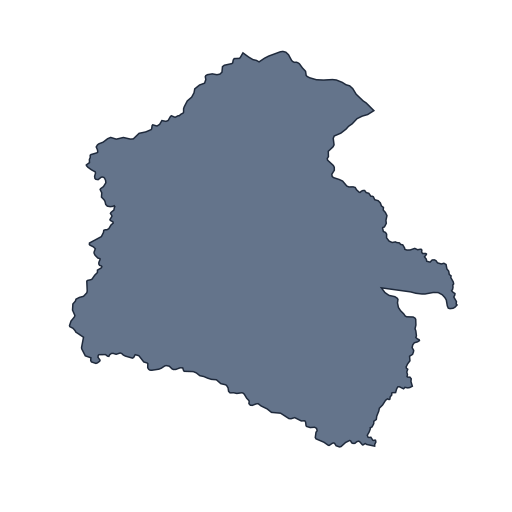 outline of Manzanares, Caldas, Colombia, rotated 83°
{"feature_id": "7082276B1219739961370", "entity_name": "Manzanares", "entity_type": "district", "adm_level": 2, "iso_a3": "COL", "parent_name": "Colombia", "parent_adm1": "Caldas", "projection": "robinson", "projection_center": [-75.127, 5.233], "detail": "fine", "context": "isolated", "style": "filled", "palette": "slate", "viewbox_px": 512, "rotation_deg": 83, "n_neighbors": 0, "source": "geoboundaries", "source_scale": "gbopen_adm2", "svg_char_len": 6066}
<svg xmlns="http://www.w3.org/2000/svg" viewBox="0 0 512 512"><g transform="rotate(83 256 256)"><path d="M260.3,427.0L270.2,427.8L271.9,428.4L275.0,432.1L275.6,436.4L276.9,439.9L278.8,440.8L281.3,443.6L287.3,444.7L293.0,443.0L294.4,443.7L298.0,447.5L302.4,449.6L303.4,449.4L305.5,446.4L308.0,444.7L309.6,444.1L315.6,437.1L325.6,440.3L326.9,440.3L334.3,437.6L336.9,432.3L339.7,432.8L341.1,432.2L343.1,428.0L342.8,426.5L341.4,424.0L340.4,423.5L337.2,425.2L335.4,424.7L334.8,423.9L335.5,417.4L337.3,415.6L337.7,414.3L336.1,413.2L335.1,411.4L335.2,409.7L336.5,406.8L335.7,402.6L336.5,401.1L338.0,399.9L339.4,397.9L342.3,391.1L341.8,389.8L339.2,387.9L340.7,384.4L347.5,380.3L348.8,377.3L349.6,376.5L353.7,377.1L355.4,376.3L356.4,375.1L356.7,373.3L356.5,366.2L355.8,363.6L354.0,360.0L353.8,358.5L354.8,355.5L357.9,353.0L358.6,351.7L358.8,349.5L357.7,344.9L358.1,342.4L361.1,341.8L361.7,341.2L363.1,332.3L364.8,329.4L367.9,326.4L369.3,322.4L371.3,319.0L373.0,315.3L374.0,310.4L378.4,306.5L380.1,301.9L380.9,301.0L383.5,299.8L387.0,299.7L388.7,298.4L389.0,294.8L390.1,291.8L390.0,286.7L390.4,285.7L391.7,284.5L396.0,282.6L398.6,280.7L399.4,280.5L401.7,281.0L403.4,279.8L403.8,277.9L402.8,273.9L402.8,271.9L405.4,269.3L409.1,263.6L413.1,259.7L415.0,250.8L421.4,243.1L421.8,241.1L421.1,237.3L425.2,231.2L425.5,227.7L426.9,227.0L430.5,227.0L431.3,226.6L432.9,223.1L433.1,218.7L434.5,216.9L436.9,216.6L438.2,217.9L443.4,219.3L444.8,218.7L449.1,211.3L452.7,207.3L452.9,206.4L451.2,203.1L451.0,201.6L451.6,200.8L454.1,199.6L455.7,196.4L455.5,194.8L452.0,189.8L450.5,185.5L451.1,184.6L453.1,183.8L453.8,182.6L454.0,180.7L452.6,178.6L452.3,176.7L453.0,175.7L456.5,173.3L456.5,172.6L455.4,170.5L456.5,169.2L459.2,161.4L457.4,161.1L455.3,159.7L453.5,159.8L453.2,160.2L453.4,161.7L453.1,162.5L449.9,164.1L449.9,166.1L449.5,166.9L447.5,167.4L444.4,165.1L441.3,163.5L440.4,163.6L439.8,161.7L436.8,159.6L434.4,159.2L432.9,156.5L429.7,155.7L425.0,153.1L422.1,152.1L419.3,148.5L415.0,145.0L413.8,142.9L414.7,141.4L414.4,140.6L412.2,140.0L410.5,138.2L408.6,138.0L408.3,137.2L408.6,134.1L405.0,132.6L403.1,131.1L403.2,129.7L405.8,125.7L404.5,124.2L405.4,121.5L405.3,119.4L404.3,116.7L399.4,117.5L396.8,116.9L395.0,118.0L394.8,120.0L394.1,120.8L392.2,120.1L389.5,120.5L386.9,119.2L385.7,120.4L384.4,120.5L381.6,118.7L378.8,116.0L374.2,115.8L372.7,112.6L370.4,111.4L368.9,111.0L366.0,112.2L363.2,111.2L361.4,109.4L360.9,106.2L359.9,104.1L358.9,104.3L358.0,105.9L356.3,107.3L354.8,106.5L349.8,106.5L347.6,107.0L344.0,105.7L338.3,105.2L337.0,105.8L335.7,107.5L334.7,113.8L333.8,115.2L331.5,116.4L327.9,119.2L324.5,120.9L319.8,121.3L316.4,120.4L315.2,120.9L313.3,123.1L311.3,128.8L308.0,132.5L302.9,135.4L310.5,106.8L312.5,101.8L313.9,96.0L314.3,92.9L313.8,84.6L314.5,79.6L317.2,75.8L320.3,73.6L322.8,72.5L328.8,72.2L331.2,71.5L331.9,69.9L331.9,66.8L331.1,64.8L329.1,62.4L328.0,63.2L325.7,62.6L320.8,64.7L318.9,63.4L317.5,63.1L316.1,64.8L314.3,66.1L313.2,65.0L311.1,64.3L308.8,64.2L307.8,63.2L305.7,63.4L301.1,65.3L299.5,64.8L297.9,66.4L294.5,66.6L292.1,68.1L287.6,68.4L286.1,70.4L286.5,73.0L284.9,76.7L282.6,77.9L281.6,79.3L281.4,81.6L283.3,84.0L282.0,87.2L279.8,87.4L277.4,88.9L275.3,86.7L274.7,86.6L274.2,87.3L273.8,90.4L272.3,91.1L270.4,90.7L269.6,91.0L269.3,92.1L269.5,94.8L267.8,97.5L268.8,102.2L268.5,105.5L267.5,107.5L266.2,107.5L262.8,109.0L262.1,111.1L260.5,112.0L259.8,114.7L259.0,115.9L259.2,119.2L257.4,122.1L253.9,124.2L250.3,123.7L248.4,124.6L247.2,126.6L243.7,127.0L243.2,126.7L242.8,125.0L239.5,122.7L236.5,122.7L231.9,121.1L228.5,122.3L225.9,124.1L223.3,123.6L221.6,125.4L218.5,126.1L216.0,128.0L214.6,131.3L211.5,132.3L210.9,133.2L210.7,134.7L207.5,136.4L206.5,138.9L204.2,140.2L204.0,141.7L204.5,143.5L205.6,145.0L205.3,145.8L202.6,148.1L200.1,149.2L199.2,151.2L198.8,155.3L197.7,157.3L192.2,160.9L190.3,163.9L187.7,169.4L186.4,170.7L184.1,170.8L180.4,167.8L177.5,167.5L175.6,168.2L169.6,173.3L167.9,173.4L166.2,172.0L160.9,171.5L157.0,166.2L155.2,165.0L148.6,165.0L146.4,163.7L144.4,156.8L141.0,151.1L138.6,148.4L136.5,144.4L132.0,139.0L130.1,133.5L129.2,127.9L126.1,121.3L117.5,128.0L115.2,130.7L107.6,136.9L101.6,139.6L98.5,142.3L97.0,145.8L94.2,149.2L91.1,154.8L90.2,158.6L89.6,167.6L88.4,174.6L85.6,181.1L84.0,183.4L82.9,184.2L78.7,184.3L75.0,187.0L70.5,189.5L69.3,190.9L68.6,192.3L68.4,194.5L67.5,195.8L66.3,196.8L60.2,199.2L57.4,201.5L56.2,204.4L56.3,207.1L59.1,219.0L60.7,223.4L63.7,229.3L61.9,231.8L60.7,235.1L57.7,239.0L52.8,244.2L57.2,247.5L57.8,248.5L57.4,253.6L58.7,254.7L61.5,255.6L62.1,256.6L62.8,264.2L64.0,266.2L69.4,267.4L71.1,269.7L71.3,272.7L69.9,277.2L70.1,282.2L70.9,283.9L71.9,284.5L74.7,284.3L78.2,286.0L79.4,291.2L82.6,296.4L86.4,297.6L89.4,299.7L90.5,300.5L93.7,305.3L99.1,309.0L100.9,309.9L104.6,310.4L105.4,311.2L106.1,313.2L107.4,315.1L107.3,316.2L108.5,319.4L106.5,322.9L107.1,323.9L110.8,326.7L111.4,329.0L110.1,332.9L113.6,335.6L114.8,338.1L114.8,338.8L113.2,342.5L113.9,343.2L117.1,344.1L117.8,344.7L119.4,350.3L120.0,357.1L124.8,363.5L124.7,366.3L122.2,373.2L123.0,380.4L120.6,385.8L121.5,389.0L124.4,393.9L125.5,398.3L126.4,399.8L128.3,401.3L131.3,400.4L133.6,400.4L134.2,401.3L135.2,407.4L135.8,408.3L138.0,408.5L139.9,409.6L143.0,409.9L144.9,413.3L145.6,413.3L147.6,411.9L150.5,408.7L152.9,405.3L154.2,405.2L157.3,406.5L159.4,406.4L160.3,405.7L161.0,403.4L159.0,400.2L158.8,399.0L159.5,397.4L160.4,396.8L162.5,396.1L165.0,396.1L168.5,398.9L170.3,402.1L171.0,402.6L174.5,401.4L178.7,402.2L181.8,399.9L183.5,399.2L186.5,398.9L188.4,397.5L189.3,394.6L189.3,392.2L188.8,390.6L189.9,390.1L190.6,390.7L193.0,391.4L195.1,394.6L196.0,395.3L198.2,394.2L199.1,394.2L202.0,396.5L202.9,396.3L204.6,393.9L205.9,393.7L207.5,396.1L210.9,398.7L211.8,400.8L211.6,402.5L212.0,404.0L214.0,404.5L217.9,407.1L222.8,419.7L224.2,420.0L224.9,419.6L227.1,416.3L229.2,414.6L232.5,416.3L233.8,416.3L235.7,415.6L238.8,413.2L239.6,411.2L240.5,411.2L243.1,412.7L244.8,413.0L246.2,412.4L247.1,410.6L247.9,410.3L249.0,411.1L250.7,415.1L253.1,415.4L255.3,418.3L259.0,421.6L259.4,422.8L259.7,426.1L260.3,427.0Z" fill="#64748b" stroke="#1e293b" stroke-width="1.5"/></g></svg>